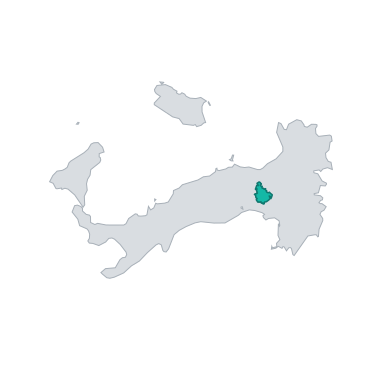 Bologna on a map of Italy (orthographic projection), rotated 115°
{"feature_id": "ITA-5362", "entity_name": "Bologna", "entity_type": "Province", "adm_level": 1, "iso_a3": "ITA", "parent_name": "Italy", "parent_adm1": "", "projection": "orthographic", "projection_center": [11.264, 44.436], "detail": "fine", "context": "in_parent", "style": "filled", "palette": "teal", "viewbox_px": 384, "rotation_deg": 115, "n_neighbors": 0, "source": "natural_earth", "source_scale": "10m", "svg_char_len": 5684}
<svg xmlns="http://www.w3.org/2000/svg" viewBox="0 0 384 384"><g transform="rotate(115 192 192)"><path d="M86.6,86.6L88.5,87.9L96.0,85.7L100.4,87.4L104.2,85.1L106.7,81.4L106.3,78.6L112.3,74.3L112.7,79.5L115.9,83.1L119.0,84.0L118.3,86.1L121.3,90.5L122.6,90.1L123.0,89.4L122.3,85.7L127.0,78.8L127.2,73.9L128.0,73.4L130.2,73.8L131.9,78.4L139.3,77.1L141.8,80.6L142.9,80.0L141.1,74.0L142.0,71.0L144.0,70.5L145.3,71.9L148.1,72.4L148.3,70.6L147.6,69.4L148.6,64.2L152.8,64.7L155.3,66.6L158.2,66.6L160.7,62.4L162.6,61.4L172.0,61.1L178.9,58.6L179.5,59.1L178.3,61.1L178.7,62.4L182.9,68.4L206.4,72.6L206.1,74.1L201.2,78.0L200.8,79.4L201.6,80.7L205.4,81.5L202.9,85.1L203.0,86.5L205.0,86.6L204.8,90.9L207.4,92.2L210.3,95.9L207.5,96.7L208.6,95.6L205.7,92.0L202.8,93.7L198.1,92.2L195.0,95.7L184.2,100.3L186.1,98.3L185.2,98.3L181.3,100.9L180.5,106.2L183.6,111.4L186.1,113.2L185.0,116.4L183.6,117.7L181.6,116.8L181.1,119.7L182.2,127.2L184.0,132.5L189.6,138.4L193.6,140.2L206.1,149.0L210.9,159.0L215.2,171.5L218.7,176.2L225.8,182.7L232.2,187.4L238.2,190.2L253.4,189.2L257.3,190.1L257.9,192.2L257.3,193.7L252.9,197.5L252.8,200.3L255.1,202.2L265.8,206.8L276.8,210.5L284.4,215.6L294.2,219.7L302.0,226.4L304.9,230.0L305.7,233.0L304.3,238.3L303.5,240.5L298.0,238.0L293.1,229.5L283.8,228.7L281.0,227.3L279.3,224.8L276.4,224.7L274.4,226.3L269.9,234.9L267.5,242.2L267.5,245.1L269.2,247.8L273.8,249.1L279.9,253.8L280.5,260.1L281.7,263.5L280.4,265.7L277.4,265.4L273.5,266.9L270.9,269.4L269.8,271.7L270.0,279.6L264.9,284.0L260.8,292.2L254.0,292.6L252.3,290.3L252.1,286.6L253.1,284.3L255.5,283.2L257.0,278.4L256.3,275.1L257.2,273.6L262.5,271.0L262.5,266.3L260.3,264.3L258.2,255.9L250.8,239.9L248.6,238.4L242.8,238.2L235.8,234.2L235.3,232.4L236.4,230.6L235.5,228.2L233.2,224.2L231.7,223.2L223.4,225.4L225.7,221.9L222.6,219.9L217.5,220.1L217.5,218.6L213.6,212.0L211.1,209.3L201.6,208.2L198.5,209.4L193.8,205.3L189.5,203.8L178.6,191.7L173.4,188.1L170.1,182.8L163.6,179.3L160.6,180.2L159.9,179.5L161.5,178.4L161.1,176.4L156.8,171.1L154.2,169.4L152.4,166.0L148.8,165.2L148.9,159.0L147.6,154.7L145.3,151.0L144.0,142.2L142.9,139.7L140.3,137.8L134.5,135.6L126.4,129.8L116.8,126.8L112.8,128.7L102.2,140.5L92.5,142.9L92.4,140.3L96.3,134.9L95.6,132.7L89.7,133.1L82.2,127.6L81.4,123.0L83.8,118.9L85.1,117.9L84.6,115.0L80.1,112.3L78.4,108.4L78.3,107.1L79.5,106.5L82.3,106.9L86.7,104.4L88.1,100.8L82.2,91.2L82.5,89.3L86.6,86.6ZM185.8,140.9L186.1,138.6L184.1,140.0L184.7,141.1L185.8,140.9ZM251.8,284.3L244.2,297.1L241.8,305.6L242.3,308.8L244.7,311.0L243.6,312.0L246.2,315.8L246.3,316.9L242.8,321.5L242.9,325.4L235.9,325.1L230.1,323.1L227.2,318.7L224.9,316.9L222.4,315.5L217.5,315.8L215.3,315.0L202.1,306.5L197.1,304.3L191.2,303.7L188.9,301.8L186.9,298.0L189.2,292.0L192.9,288.6L196.4,292.3L199.4,291.0L199.5,289.8L201.6,288.2L204.2,288.1L214.5,293.2L219.8,291.5L224.6,292.0L229.1,291.1L234.7,287.7L241.4,287.8L249.0,283.8L251.8,284.3ZM131.0,218.9L134.2,228.8L130.9,234.7L132.1,241.2L128.8,263.1L127.3,263.8L118.7,261.0L117.9,266.0L116.7,268.1L115.0,269.3L110.3,268.8L105.9,261.5L105.7,254.4L106.7,252.3L107.0,248.2L108.7,248.0L109.0,245.2L108.0,243.7L106.3,243.1L106.4,240.0L107.7,237.7L107.8,233.5L105.7,228.0L102.6,224.0L103.5,217.3L106.2,219.1L110.2,219.1L115.2,216.7L123.3,209.0L124.4,210.5L127.7,211.9L130.8,215.4L129.5,217.5L131.0,218.9ZM146.5,168.0L147.2,169.6L146.9,171.7L145.3,170.5L141.4,170.9L141.0,169.8L145.8,168.9L146.5,168.0ZM107.0,265.1L105.8,267.6L104.6,264.2L104.8,263.8L107.0,265.1ZM106.0,212.5L104.1,215.2L103.2,215.1L105.6,212.0L106.0,212.5ZM179.3,325.4L177.0,324.8L176.9,323.6L178.7,323.8L179.3,325.4ZM215.9,222.0L214.1,222.9L214.1,221.5L215.9,222.0Z" fill="#d9dde1" stroke="#a8b0b8" stroke-width="1"/><path d="M163.0,117.7L163.5,117.7L163.0,118.2L162.9,118.5L163.0,118.8L163.1,119.1L163.1,119.3L162.9,119.7L162.9,120.0L163.0,120.2L163.4,120.0L164.6,118.5L165.0,118.3L165.7,118.7L166.7,119.0L169.3,120.4L170.5,122.0L170.9,122.1L171.1,122.1L171.6,121.7L171.9,121.6L172.3,121.7L172.6,122.0L172.8,122.4L172.6,122.9L172.2,123.2L172.1,123.4L172.2,123.6L172.7,124.1L172.6,124.7L172.5,125.0L172.3,125.1L172.0,125.1L171.8,125.2L171.8,125.3L171.8,125.5L172.1,125.9L172.6,126.3L172.7,126.5L172.7,126.9L172.7,127.1L172.7,127.3L173.3,127.7L173.3,127.9L173.3,128.2L172.1,130.2L171.7,130.5L171.4,130.5L170.7,130.2L170.4,130.3L170.4,130.5L170.4,130.8L170.4,131.0L170.1,131.4L169.8,131.9L169.6,132.1L168.7,132.5L168.4,132.8L168.1,133.3L167.8,134.3L167.7,134.3L167.3,134.2L167.1,134.0L166.4,133.2L166.2,132.8L166.2,132.7L165.8,132.5L165.7,132.4L165.4,132.4L165.4,132.5L165.1,132.9L165.0,133.0L164.9,133.0L164.4,133.1L164.2,133.2L164.2,133.3L163.5,134.1L163.3,134.1L161.9,134.4L161.7,134.5L161.7,134.8L161.8,134.8L161.9,135.0L162.1,135.0L162.7,135.3L162.8,135.4L162.8,135.5L162.6,135.7L162.3,135.8L162.0,135.8L161.8,135.8L161.7,135.8L159.0,136.1L158.8,136.1L158.2,135.8L158.2,135.7L158.2,135.4L158.3,135.2L158.3,134.9L158.2,134.9L157.9,134.8L157.9,135.0L157.7,135.3L157.5,135.5L157.4,135.8L156.6,136.7L156.2,136.5L156.0,136.4L155.9,136.2L155.4,136.0L155.2,135.9L155.0,135.7L154.6,135.5L154.5,135.1L154.5,134.6L154.6,134.1L154.8,133.7L155.2,133.3L155.3,133.1L155.4,132.9L155.3,132.7L155.6,132.5L156.6,132.9L156.9,132.9L157.1,132.7L157.3,132.4L157.5,132.1L157.5,131.7L157.4,131.5L157.3,131.3L157.2,131.0L157.2,130.8L157.4,130.7L158.5,130.5L158.7,130.3L158.8,129.9L158.8,129.7L158.6,129.4L158.5,128.9L158.6,128.7L158.8,128.2L158.9,127.9L158.9,127.7L158.1,127.2L158.0,126.7L158.8,126.4L159.0,126.2L159.2,125.8L159.3,125.0L159.4,124.8L159.7,124.7L160.1,124.8L160.3,124.6L160.6,123.8L160.5,122.9L160.1,122.2L159.5,121.7L160.1,120.2L160.5,118.3L160.9,118.0L163.0,117.7Z" fill="#14b8a6" stroke="#0f766e" stroke-width="1.5"/></g></svg>